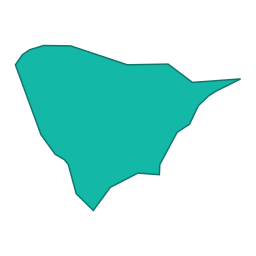 an SVG outline of Rogaška Slatina
{"feature_id": "SVN-982", "entity_name": "Rogaška Slatina", "entity_type": "Municipality", "adm_level": 1, "iso_a3": "SVN", "parent_name": "Slovenia", "parent_adm1": "", "projection": "albers", "projection_center": [15.648, 46.24], "detail": "fine", "context": "isolated", "style": "filled", "palette": "teal", "viewbox_px": 256, "rotation_deg": 0, "n_neighbors": 0, "source": "natural_earth", "source_scale": "10m", "svg_char_len": 433}
<svg xmlns="http://www.w3.org/2000/svg" viewBox="0 0 256 256"><path d="M159.3,174.7L137.9,173.1L110.3,187.3L93.3,210.5L92.7,209.9L76.2,193.7L68.3,164.5L64.3,159.6L55.2,154.3L41.0,134.7L15.4,64.8L22.5,54.6L29.8,49.7L43.7,45.5L70.7,45.9L127.3,64.8L168.1,64.1L192.4,82.4L240.6,78.9L215.5,91.4L208.6,95.9L198.4,105.6L189.5,124.2L177.1,132.3L159.8,164.5L159.4,174.3L159.3,174.7Z" fill="#14b8a6" stroke="#0f766e" stroke-width="1.5"/></svg>